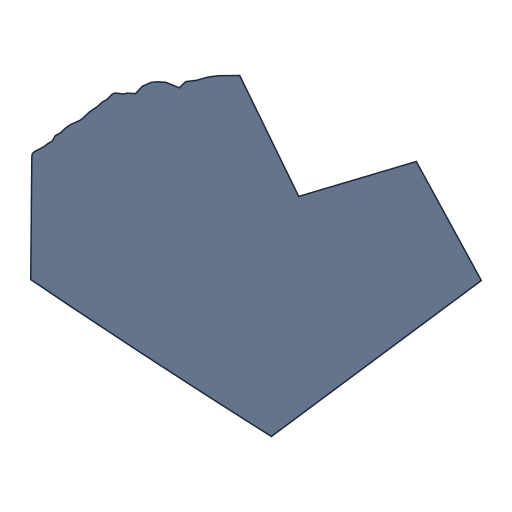 map outline of Tindouf (Albers equal-area conic projection)
{"feature_id": "DZA-2150", "entity_name": "Tindouf", "entity_type": "Province", "adm_level": 1, "iso_a3": "DZA", "parent_name": "Algeria", "parent_adm1": "", "projection": "albers", "projection_center": [-7.582, 27.544], "detail": "fine", "context": "isolated", "style": "filled", "palette": "slate", "viewbox_px": 512, "rotation_deg": 0, "n_neighbors": 0, "source": "natural_earth", "source_scale": "10m", "svg_char_len": 1076}
<svg xmlns="http://www.w3.org/2000/svg" viewBox="0 0 512 512"><path d="M271.5,436.5L259.9,429.2L246.4,420.7L232.9,412.1L219.4,403.5L203.5,393.3L187.6,383.1L171.8,372.8L156.0,362.6L140.2,352.3L124.5,342.0L108.8,331.6L93.1,321.3L77.4,310.9L61.8,300.5L46.3,290.0L30.7,279.6L30.8,271.2L30.9,262.9L30.9,254.5L31.0,246.2L31.1,240.8L31.1,235.5L31.2,230.2L31.2,224.9L31.3,219.6L31.3,214.2L31.3,208.9L31.4,203.6L31.4,198.3L31.5,192.9L31.5,187.6L31.6,182.3L31.6,177.0L31.7,171.7L31.7,166.3L31.8,161.0L31.8,157.0L32.1,154.6L33.0,152.9L34.5,151.6L44.5,146.3L48.0,143.5L51.5,141.6L52.5,140.6L55.2,135.8L56.4,134.9L59.2,133.7L60.4,132.9L65.6,128.0L70.9,124.4L79.7,120.5L82.3,118.7L89.4,112.0L97.6,106.4L102.4,102.0L106.1,100.0L107.3,99.1L112.0,94.3L114.6,93.1L118.3,93.3L121.7,93.8L123.4,93.9L125.1,93.7L126.7,93.1L135.5,93.6L142.5,86.1L151.2,82.4L157.1,81.8L165.8,82.3L179.3,87.8L185.7,81.6L196.5,80.3L207.9,77.1L213.2,76.4L218.6,75.7L230.0,75.6L239.7,75.5L298.7,196.4L416.3,161.5L481.3,280.5L272.5,435.6L271.5,436.5L271.5,436.5Z" fill="#64748b" stroke="#1e293b" stroke-width="1.5"/></svg>